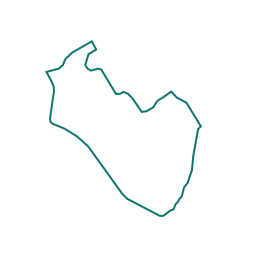 outline of Lamwo, rotated 239°
{"feature_id": "UGA-5603", "entity_name": "Lamwo", "entity_type": "District", "adm_level": 1, "iso_a3": "UGA", "parent_name": "Uganda", "parent_adm1": "", "projection": "orthographic", "projection_center": [32.763, 3.511], "detail": "fine", "context": "isolated", "style": "outline", "palette": "teal", "viewbox_px": 256, "rotation_deg": 239, "n_neighbors": 0, "source": "natural_earth", "source_scale": "10m", "svg_char_len": 815}
<svg xmlns="http://www.w3.org/2000/svg" viewBox="0 0 256 256"><g transform="rotate(239 128 128)"><path d="M173.1,64.7L176.5,66.2L197.7,83.5L201.2,85.4L206.5,86.4L218.0,87.0L216.0,94.3L214.5,99.2L215.5,104.6L219.4,110.0L221.4,119.4L220.9,141.6L211.6,141.1L211.6,132.2L204.2,123.9L199.7,123.9L196.3,125.8L194.3,132.8L191.9,135.2L163.3,135.2L161.3,139.2L161.3,142.6L157.4,145.6L151.0,147.1L134.7,148.1L132.8,152.5L132.8,160.4L136.2,167.3L136.2,174.2L137.0,183.8L129.0,185.5L119.7,191.1L91.9,191.3L90.9,187.5L70.2,169.3L65.3,165.8L59.1,161.2L50.4,151.1L48.3,145.6L41.7,138.9L40.7,135.5L38.9,132.7L38.2,129.6L34.8,125.2L35.3,122.8L35.3,120.2L34.6,114.1L34.8,112.0L36.8,109.7L67.8,90.8L75.1,89.1L106.1,86.6L132.5,84.4L146.7,80.1L159.9,73.4L170.1,65.8L173.1,64.7Z" fill="none" stroke="#0f766e" stroke-width="2"/></g></svg>